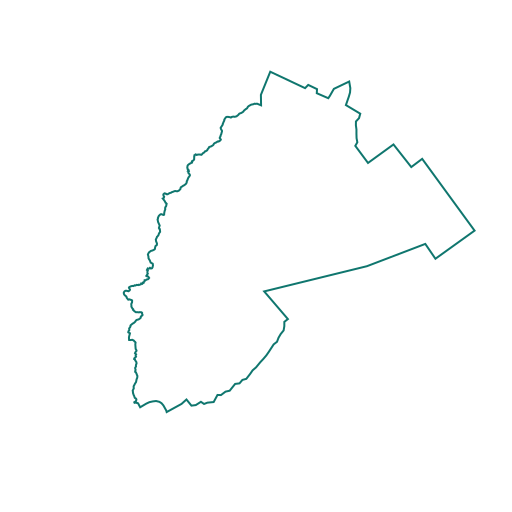 outline of Apostoles, Misiones, Argentina, rotated 48°
{"feature_id": "61730980B76555431598408", "entity_name": "Apostoles", "entity_type": "district", "adm_level": 2, "iso_a3": "ARG", "parent_name": "Argentina", "parent_adm1": "Misiones", "projection": "natural_earth1", "projection_center": [-55.748, -27.916], "detail": "fine", "context": "isolated", "style": "outline", "palette": "teal", "viewbox_px": 512, "rotation_deg": 48, "n_neighbors": 0, "source": "geoboundaries", "source_scale": "gbopen_adm2", "svg_char_len": 6146}
<svg xmlns="http://www.w3.org/2000/svg" viewBox="0 0 512 512"><g transform="rotate(48 256 256)"><path d="M290.9,443.3L292.3,436.3L293.3,433.0L295.0,430.0L296.9,427.3L299.7,425.4L302.2,424.7L305.1,424.8L310.8,426.1L312.2,426.8L316.1,410.3L316.1,403.7L324.0,404.1L326.5,400.5L327.5,394.5L331.2,393.6L332.5,390.2L336.2,385.2L333.5,377.6L335.9,375.1L336.4,369.4L338.5,365.7L337.8,361.4L337.1,357.1L339.6,353.5L339.0,349.0L340.8,345.4L339.7,339.2L338.7,335.0L338.8,330.5L337.8,323.9L337.4,319.4L336.8,314.9L335.8,310.6L333.5,302.0L333.8,297.8L331.8,293.9L330.5,289.8L329.8,285.3L327.1,281.9L323.9,279.0L324.2,274.5L287.8,273.6L337.8,180.4L360.3,122.1L378.1,124.5L383.4,76.6L295.0,67.5L293.8,81.1L265.1,79.2L261.8,110.5L240.6,108.5L239.3,104.6L235.7,102.4L232.4,99.6L229.2,96.7L225.7,94.3L222.9,91.7L222.5,87.2L220.0,83.3L204.0,88.2L199.7,80.4L197.4,76.7L194.4,73.6L188.7,70.0L183.9,86.3L186.4,93.9L187.1,96.7L175.7,101.9L172.8,99.0L163.8,102.7L164.1,107.2L128.6,122.1L139.5,144.5L147.4,151.4L143.5,153.3L142.6,154.6L141.9,155.1L141.4,156.5L140.3,158.3L139.7,161.1L139.7,162.3L140.2,163.6L140.2,164.5L140.0,165.1L139.9,167.8L140.2,168.6L140.2,169.2L139.9,171.1L139.1,173.0L139.1,173.6L139.3,174.6L139.3,175.4L139.2,175.9L139.2,177.0L138.3,178.7L137.2,179.6L136.8,180.3L136.4,181.0L136.4,181.8L136.1,182.2L135.3,182.5L134.7,183.1L134.1,183.5L133.5,184.1L132.9,184.9L132.8,185.7L133.4,188.2L133.8,188.7L134.1,188.9L134.8,190.7L135.1,191.2L135.5,192.2L136.1,192.8L137.1,196.5L137.6,196.8L138.4,197.1L139.0,197.3L139.5,197.3L140.2,197.5L140.8,198.1L141.1,198.7L142.2,200.3L142.7,201.6L143.1,202.0L143.5,202.8L143.7,203.6L144.2,204.1L145.3,204.1L145.9,204.2L146.1,204.6L146.2,205.5L146.1,206.6L145.7,207.5L145.4,207.5L145.1,208.4L145.0,209.7L144.7,210.3L144.5,211.1L144.4,212.1L144.9,213.4L144.9,214.0L144.5,216.1L144.2,216.6L143.7,218.2L144.2,219.1L144.2,219.8L144.4,220.8L144.8,221.5L144.5,223.2L144.1,223.8L144.4,225.2L144.1,226.5L144.3,228.7L144.1,229.1L143.4,229.4L141.8,231.2L141.2,232.5L140.1,232.8L140.0,233.2L140.1,233.7L139.9,234.4L140.7,235.1L140.8,235.5L141.8,236.3L142.4,237.0L142.8,237.3L143.0,238.0L143.0,238.5L143.0,239.1L142.7,240.1L142.9,240.5L143.3,240.5L143.5,240.7L143.8,241.0L143.5,241.7L143.3,242.9L143.0,243.5L143.0,244.2L142.9,244.9L142.9,245.6L143.0,246.2L143.5,247.0L144.0,247.4L144.3,247.9L145.0,248.3L145.7,248.7L146.4,248.5L147.0,248.6L147.0,249.1L147.2,249.6L147.7,249.2L148.1,249.2L148.2,249.7L148.8,250.6L149.4,250.7L151.1,250.7L151.8,251.1L152.3,252.4L152.4,253.5L153.0,254.9L153.4,255.6L153.5,255.9L154.0,256.7L154.0,257.2L154.5,257.9L155.0,258.3L155.4,259.3L155.5,260.1L155.4,261.9L155.0,263.3L155.0,264.0L154.7,265.4L154.7,266.0L154.9,266.4L155.5,267.2L155.7,267.5L155.8,269.7L155.2,271.3L153.6,272.6L153.2,273.4L152.6,275.1L152.3,275.6L152.1,276.8L151.4,278.2L151.0,280.2L150.7,280.8L150.1,281.2L149.8,281.3L149.6,281.2L148.5,281.8L148.2,282.1L148.2,282.5L148.2,283.5L148.5,283.9L149.0,284.2L149.6,284.5L150.5,284.6L151.1,285.6L151.0,286.5L150.9,286.8L154.2,287.1L156.0,287.6L156.5,287.4L157.5,287.5L157.7,288.1L158.2,288.6L158.6,289.1L158.9,289.7L159.1,290.8L159.7,291.6L160.4,292.0L160.9,292.7L161.1,293.3L162.3,295.0L162.9,295.7L163.8,296.6L163.8,296.9L163.5,297.4L161.8,298.2L161.3,298.7L161.1,299.5L161.1,300.4L161.2,301.5L162.1,303.5L162.7,303.9L163.0,304.7L165.2,306.0L168.9,307.2L170.2,309.4L171.4,309.7L171.7,309.5L173.9,311.1L174.2,312.6L174.7,313.7L175.1,314.3L175.3,314.7L175.5,316.1L175.5,316.8L175.9,317.4L176.7,319.4L178.2,320.4L180.4,321.2L181.3,322.1L181.5,322.4L181.5,322.6L181.3,323.8L182.0,325.1L183.1,326.4L183.2,326.7L183.2,327.2L182.7,329.1L181.9,330.7L181.7,333.2L182.5,335.3L184.6,336.4L185.6,337.3L187.0,337.7L188.1,337.8L190.4,338.7L192.6,337.9L194.0,338.8L195.2,340.5L195.5,341.5L195.0,342.5L193.8,342.7L193.8,344.0L193.5,344.5L192.8,344.8L193.4,346.4L194.5,346.2L194.9,347.1L196.0,348.1L196.7,348.2L197.4,350.8L198.4,350.5L198.8,350.0L199.3,349.9L200.8,350.1L201.0,351.1L201.0,351.6L200.9,352.1L200.7,352.3L200.5,352.6L200.3,353.1L200.1,354.5L199.5,355.0L200.3,356.0L200.3,356.9L200.7,357.5L200.1,358.0L200.5,358.6L200.6,359.1L199.6,359.7L200.0,360.5L199.3,362.2L198.8,362.5L198.8,363.0L197.6,364.0L197.3,365.3L196.5,365.9L196.5,366.5L196.3,367.2L195.6,367.8L194.9,369.0L194.3,371.0L194.6,371.7L196.6,372.1L197.0,372.8L196.9,374.3L194.8,375.8L194.4,376.6L194.3,377.3L194.5,378.2L194.7,378.7L195.4,379.3L196.3,379.7L197.4,379.8L198.9,379.5L199.5,379.5L200.4,380.0L202.9,380.2L203.2,379.9L203.4,379.2L205.4,378.0L206.1,377.8L207.2,378.8L207.4,379.1L207.7,379.4L207.8,380.0L208.2,380.8L209.9,382.1L210.0,382.3L210.9,382.7L212.1,382.9L213.5,382.9L213.9,383.1L213.9,383.4L215.6,383.3L217.4,382.9L218.2,382.0L218.5,381.6L219.6,380.7L219.8,380.1L220.3,379.7L220.6,379.3L220.9,379.0L221.5,378.7L222.0,378.7L222.2,379.0L223.1,379.5L223.5,379.5L224.0,379.9L224.1,380.2L223.9,381.7L224.0,382.2L224.7,382.9L224.8,383.4L224.7,385.1L224.5,385.8L223.6,387.6L223.7,388.8L224.0,389.6L224.0,391.7L223.9,392.2L223.7,392.7L223.6,395.5L223.8,396.0L224.4,396.5L224.7,397.3L224.7,397.8L225.1,398.9L225.5,399.1L226.4,399.9L226.6,401.2L227.3,402.0L229.1,401.4L230.8,404.0L231.5,404.9L232.8,406.0L233.5,406.5L234.5,405.5L235.5,404.0L237.0,403.4L237.5,403.4L238.1,403.5L238.9,403.3L239.7,403.4L240.9,404.8L244.5,407.6L245.9,407.9L246.5,408.2L246.8,409.9L247.3,411.0L248.7,410.9L248.9,410.9L249.2,411.8L249.4,412.0L250.1,412.5L250.5,412.5L250.6,412.8L250.6,413.5L250.6,414.9L251.0,415.5L251.8,415.2L252.1,415.3L252.4,415.5L254.8,415.9L255.7,416.5L256.1,416.9L256.3,417.6L256.7,418.1L257.2,418.7L257.8,419.1L257.9,419.5L258.3,420.7L258.7,421.0L260.1,421.7L260.3,422.2L261.2,423.3L261.8,423.1L262.3,423.1L262.9,423.4L263.7,423.6L264.5,424.0L265.6,424.3L266.4,425.0L267.1,425.9L267.7,427.2L269.4,429.5L269.9,431.4L270.6,433.1L270.7,433.6L271.3,434.5L272.5,435.3L273.0,436.4L273.5,437.7L274.5,438.3L274.9,438.5L275.2,438.9L275.7,439.2L276.1,439.3L277.3,439.9L278.2,440.1L280.3,441.0L280.9,440.8L281.7,440.6L282.5,440.8L283.1,441.6L283.3,442.0L283.5,443.3L283.2,444.2L283.5,444.5L284.0,444.4L284.5,443.3L284.7,443.0L285.0,443.0L285.0,442.9L286.6,442.2L290.9,443.3Z" fill="none" stroke="#0f766e" stroke-width="2"/></g></svg>